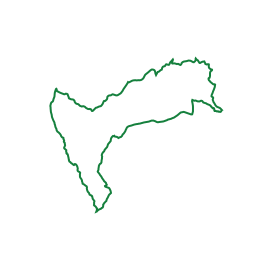 California, Santander, Colombia, rotated 21°
{"feature_id": "7082276B83568043326279", "entity_name": "California", "entity_type": "district", "adm_level": 2, "iso_a3": "COL", "parent_name": "Colombia", "parent_adm1": "Santander", "projection": "natural_earth1", "projection_center": [-72.928, 7.347], "detail": "fine", "context": "isolated", "style": "outline", "palette": "green", "viewbox_px": 256, "rotation_deg": 21, "n_neighbors": 0, "source": "geoboundaries", "source_scale": "gbopen_adm2", "svg_char_len": 5797}
<svg xmlns="http://www.w3.org/2000/svg" viewBox="0 0 256 256"><g transform="rotate(21 128 128)"><path d="M209.2,77.6L207.8,76.9L206.6,76.4L203.4,76.3L202.4,75.9L201.6,75.5L199.7,73.9L198.6,73.2L198.0,72.4L197.5,72.0L196.9,71.1L196.8,69.6L196.5,69.0L195.0,68.7L194.6,68.5L194.4,67.9L194.3,66.9L194.4,65.2L194.3,63.2L194.4,61.5L194.3,58.5L193.8,56.3L193.3,56.1L192.3,56.6L191.8,56.6L188.3,55.4L187.2,54.7L186.4,54.4L185.6,53.4L185.5,53.1L185.5,52.5L186.1,52.0L186.1,51.0L185.8,49.7L184.9,47.4L184.7,46.4L184.9,45.3L185.6,44.3L185.7,43.8L185.6,43.5L185.5,43.4L184.1,43.5L183.0,43.2L182.3,42.9L181.8,42.4L181.1,41.1L180.9,40.0L180.5,39.6L179.2,40.1L178.7,40.5L177.3,40.5L176.7,39.7L176.0,39.2L175.4,38.5L173.8,39.4L172.7,40.5L172.2,41.3L171.6,41.6L171.2,41.5L168.9,39.8L167.7,39.6L166.3,38.8L166.3,39.1L166.9,40.5L166.7,41.5L165.9,43.0L165.3,43.2L162.3,42.8L160.4,43.3L158.7,44.6L156.4,45.9L155.3,47.0L154.8,48.3L154.9,48.7L154.8,49.7L154.3,50.4L153.2,50.4L152.4,50.1L151.8,50.2L151.3,50.4L150.8,50.8L148.9,50.9L148.2,51.0L146.3,51.9L145.8,51.6L145.6,50.9L145.5,48.1L145.3,47.9L144.5,50.2L144.1,50.9L143.8,52.2L143.9,52.7L143.8,53.4L143.6,54.3L143.3,54.5L140.9,54.8L140.7,55.0L140.2,57.1L139.1,57.8L138.6,58.4L138.4,59.3L138.4,59.9L138.6,61.4L137.7,62.3L136.8,64.1L136.1,64.8L135.7,65.0L135.6,65.4L135.2,68.5L134.0,67.2L133.3,65.9L132.3,64.8L131.6,64.5L130.3,64.5L129.4,64.8L129.0,65.1L128.2,66.3L126.9,68.8L125.1,71.9L124.9,72.6L124.7,74.5L124.5,76.1L123.9,77.4L122.9,78.6L121.5,79.4L120.7,79.6L118.9,80.5L117.6,80.8L115.8,81.7L114.8,82.5L112.8,84.8L112.2,85.2L111.6,85.1L111.5,86.3L111.0,88.8L109.9,93.2L109.6,95.5L109.2,96.7L109.1,97.4L108.8,97.9L108.7,98.3L106.9,100.7L106.3,101.3L105.3,101.8L101.7,102.0L101.3,102.3L100.2,103.7L98.7,104.4L98.3,104.9L97.8,105.6L97.6,106.5L98.0,107.8L98.0,108.9L97.1,110.8L96.9,111.0L96.0,111.3L95.8,111.7L95.7,114.6L95.2,116.5L94.8,117.3L93.2,118.4L91.7,120.0L90.7,120.7L89.2,124.2L88.8,124.8L88.2,125.0L86.6,123.8L85.4,123.9L85.0,124.3L83.7,124.6L81.6,124.3L80.3,123.7L79.7,123.6L78.3,123.7L77.2,124.5L75.1,124.5L73.4,123.7L72.6,123.6L71.7,123.8L70.5,123.7L69.4,123.1L68.8,122.6L68.3,121.8L67.0,121.1L65.9,121.2L64.7,121.6L62.4,121.5L62.0,121.2L61.8,120.7L60.1,118.9L59.6,118.2L58.6,118.0L57.7,118.3L57.4,118.4L56.9,119.1L56.3,119.4L52.9,119.4L51.0,119.3L49.9,119.1L48.7,119.1L48.1,118.5L47.4,117.3L47.0,117.1L46.8,117.5L46.9,120.2L47.1,121.6L48.1,125.1L48.1,127.8L48.3,129.2L48.3,130.1L47.4,131.5L47.2,132.5L47.6,135.3L48.2,136.2L48.7,137.4L50.3,140.7L52.1,143.1L52.7,144.3L53.3,145.2L55.5,147.6L57.3,149.2L58.1,150.6L58.8,151.3L59.4,152.3L60.2,153.4L61.4,154.4L62.2,155.7L62.8,156.2L63.5,156.7L64.8,157.0L66.7,157.9L67.8,158.7L68.6,159.6L69.4,160.1L69.8,160.3L71.0,160.3L71.4,160.5L71.7,161.5L72.8,162.4L73.0,163.8L73.6,164.3L74.0,164.3L74.3,164.6L74.7,165.5L75.5,166.7L75.5,168.0L75.4,169.1L75.6,169.6L75.9,169.9L78.3,170.8L78.4,171.0L78.7,172.2L79.0,172.6L79.5,172.9L79.7,173.8L80.4,174.1L81.0,174.1L81.2,174.3L83.2,177.2L83.8,178.3L84.3,178.9L84.4,179.3L85.1,180.1L85.5,180.4L86.4,180.5L87.4,181.1L88.9,181.4L89.2,181.6L90.6,182.0L90.8,182.0L91.1,181.5L91.1,181.0L91.3,180.7L92.1,180.6L92.8,180.8L94.1,181.8L94.8,182.6L95.7,184.0L95.9,185.3L96.4,186.0L97.2,186.4L98.7,186.5L99.4,187.0L99.7,188.5L100.4,190.2L100.7,190.9L101.6,191.7L102.5,192.2L103.3,192.9L103.9,193.6L104.1,194.2L105.2,195.4L105.5,196.2L105.8,196.3L107.5,196.5L108.8,197.0L110.3,197.3L110.9,198.0L111.2,199.2L112.1,200.6L113.2,201.8L115.1,202.8L115.9,203.9L116.7,204.1L117.9,204.1L118.3,204.2L118.6,204.6L119.0,204.6L120.4,206.7L122.9,208.3L123.0,209.6L123.3,210.4L123.7,211.2L123.8,212.1L124.1,212.4L124.9,212.6L126.1,213.0L127.3,214.0L127.8,214.1L128.0,214.4L128.4,216.4L128.4,217.5L128.8,217.1L128.8,216.9L129.4,215.6L130.3,214.3L131.7,213.1L132.0,212.2L132.5,211.8L132.9,211.2L132.8,209.6L132.3,208.5L132.4,207.9L132.6,207.5L132.7,206.5L133.0,206.0L133.5,204.6L133.9,204.0L133.8,202.9L133.7,201.9L134.0,200.4L134.2,197.6L134.4,196.8L134.7,196.3L135.4,194.8L135.2,194.4L134.2,192.9L132.9,191.6L132.1,191.0L131.7,190.8L127.9,190.9L127.4,190.6L127.3,190.4L127.5,190.2L128.3,189.4L128.5,189.0L128.5,188.6L128.0,188.3L127.2,187.3L126.9,187.0L124.6,186.1L124.1,185.6L121.7,184.0L120.5,182.9L118.6,181.8L117.7,181.0L115.6,179.8L115.3,179.4L115.4,177.6L115.0,176.5L114.6,174.5L114.4,173.9L114.4,173.0L114.7,171.6L115.4,170.7L115.5,169.5L115.0,167.9L114.6,165.6L114.3,165.0L114.1,163.9L113.2,162.8L113.1,161.5L113.3,159.8L113.5,159.6L113.7,159.0L114.0,158.5L114.1,157.3L114.0,157.1L114.2,156.2L115.3,153.3L115.3,152.1L115.2,151.1L115.2,150.2L116.5,146.4L116.0,144.4L116.0,143.1L116.2,142.3L116.7,141.1L116.8,140.9L117.3,140.9L118.0,140.2L118.4,140.6L118.8,140.7L120.7,140.3L121.8,140.4L122.6,140.8L123.8,139.5L124.7,138.8L125.3,137.3L125.3,136.0L125.9,134.9L126.1,134.3L126.3,133.2L126.5,132.7L126.6,132.1L126.6,130.2L126.7,129.7L126.8,128.2L127.0,127.5L127.6,126.6L128.4,125.8L130.3,124.5L132.4,122.7L134.4,121.4L135.9,120.6L136.5,120.1L137.4,119.7L140.9,117.1L145.1,114.6L147.3,112.7L148.9,112.0L150.7,111.9L152.9,112.1L153.9,111.9L155.2,111.1L158.0,109.6L157.9,109.6L158.7,109.2L161.7,106.6L162.2,105.9L165.0,103.9L165.8,103.0L167.2,101.8L169.6,98.4L171.6,94.7L174.2,93.0L175.4,92.9L182.1,92.7L183.0,92.2L182.7,89.2L182.5,88.7L181.4,85.8L180.7,84.1L179.4,81.8L178.3,80.2L178.0,79.2L178.0,78.7L180.0,78.8L180.3,78.7L180.8,78.3L181.3,78.1L183.0,78.2L183.8,78.1L185.4,77.5L185.9,76.8L186.5,76.3L187.5,76.2L188.2,76.5L188.7,76.9L189.2,77.2L192.3,77.0L193.3,77.3L195.9,77.3L197.2,77.6L197.6,78.1L198.3,78.3L199.2,78.8L199.5,78.8L200.0,79.2L200.4,79.2L200.7,78.7L201.0,78.7L201.6,79.2L202.0,79.7L202.3,80.7L202.8,81.1L204.0,80.6L205.1,80.7L205.6,80.5L205.8,80.2L206.3,80.1L207.2,80.3L207.5,80.0L208.6,79.8L209.0,79.1L209.0,77.8L209.2,77.6Z" fill="none" stroke="#15803d" stroke-width="2"/></g></svg>